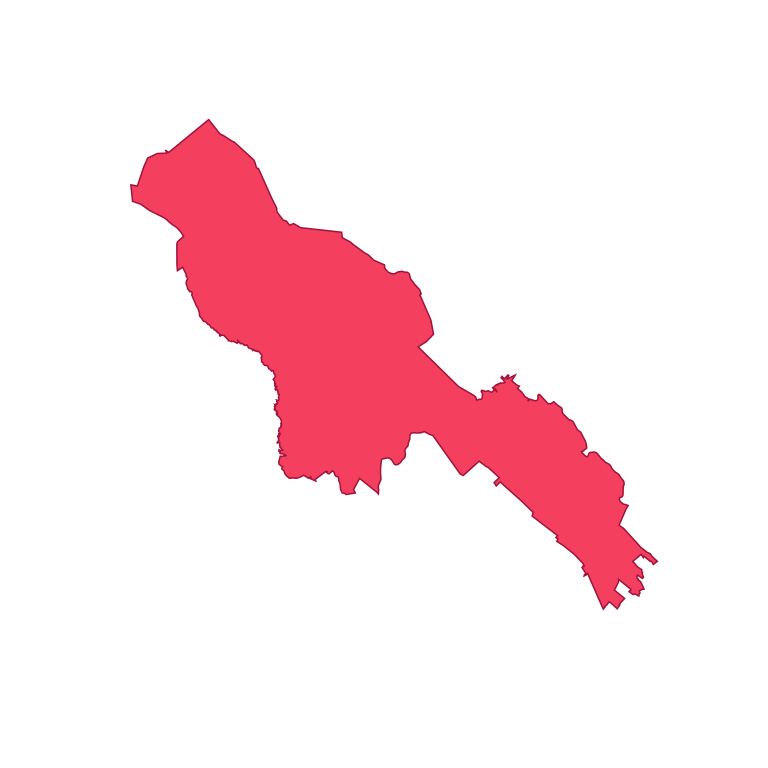 outline of Aquismón, San Luis Potosí, Mexico, rotated 143°
{"feature_id": "50627088B80825947676467", "entity_name": "Aquismón", "entity_type": "district", "adm_level": 2, "iso_a3": "MEX", "parent_name": "Mexico", "parent_adm1": "San Luis Potosí", "projection": "equal_earth", "projection_center": [-99.086, 21.748], "detail": "fine", "context": "isolated", "style": "filled", "palette": "rose", "viewbox_px": 768, "rotation_deg": 143, "n_neighbors": 0, "source": "geoboundaries", "source_scale": "gbopen_adm2", "svg_char_len": 6116}
<svg xmlns="http://www.w3.org/2000/svg" viewBox="0 0 768 768"><g transform="rotate(143 384 384)"><path d="M364.9,700.7L416.5,698.5L417.7,701.9L417.9,701.9L418.0,700.1L418.6,699.2L426.3,704.5L436.7,706.7L445.3,701.9L461.8,690.5L466.3,695.4L474.9,681.2L470.1,674.1L466.7,663.4L460.0,650.0L458.5,645.8L458.4,643.9L457.0,638.2L455.5,634.3L454.8,628.7L455.1,622.6L463.3,621.8L465.0,620.7L477.7,603.7L480.8,598.8L474.6,598.4L476.0,590.5L477.0,589.6L477.2,587.1L477.7,586.0L479.6,585.3L481.7,583.2L482.8,579.3L483.4,578.7L483.6,574.7L482.7,574.0L482.2,572.7L482.9,571.5L483.9,571.1L486.8,559.4L487.1,556.1L488.8,551.6L490.1,549.9L490.4,547.8L490.0,546.8L490.4,543.8L490.1,543.1L490.4,542.7L488.9,540.8L488.8,537.6L488.0,536.9L487.8,534.3L488.3,533.1L486.6,531.0L487.1,529.4L485.8,527.9L486.3,527.0L485.7,526.5L486.1,525.4L485.5,524.8L485.5,523.3L485.0,522.2L486.1,521.7L486.2,521.1L485.8,520.7L484.6,520.9L482.7,519.3L481.8,512.7L482.3,512.2L480.8,510.9L480.5,509.8L478.6,508.7L476.8,505.0L476.1,505.5L475.4,504.9L474.6,506.3L474.3,503.6L474.5,502.6L472.7,501.6L472.6,499.8L471.8,499.4L471.7,498.3L470.1,497.6L470.0,496.2L470.5,494.4L468.6,491.4L468.6,489.8L467.6,490.3L467.0,487.8L466.1,487.8L466.0,486.5L464.2,485.3L464.5,484.4L464.2,480.7L464.8,479.7L466.0,479.2L466.1,478.4L466.9,478.0L467.0,477.2L468.4,475.3L467.8,474.0L468.3,472.4L468.1,470.7L465.9,468.7L466.9,465.7L466.3,464.6L466.0,461.9L464.8,461.8L464.5,461.3L465.5,459.0L465.8,455.6L469.8,454.3L469.6,452.1L470.3,451.4L470.6,450.2L471.2,450.0L470.8,449.2L472.3,448.5L472.5,446.7L471.2,446.9L471.1,446.5L474.0,445.6L474.1,444.3L473.2,444.6L472.6,443.5L474.6,439.5L473.9,439.1L474.0,438.5L476.4,436.9L476.6,435.7L477.7,434.5L478.2,434.4L479.4,435.8L479.5,435.1L480.3,434.7L480.2,433.2L481.9,432.3L482.1,433.1L483.5,432.2L483.8,433.1L484.3,431.4L484.8,431.4L485.2,432.3L485.3,430.7L485.8,430.0L486.5,430.2L487.0,429.1L486.1,428.6L486.5,427.2L485.9,426.9L486.0,426.0L487.4,425.6L486.8,424.4L488.3,424.1L487.5,420.2L487.8,417.1L489.5,414.5L490.2,414.5L490.5,412.8L491.2,413.1L492.5,411.4L494.2,411.8L496.5,409.9L496.8,407.3L497.2,406.4L497.9,406.6L497.8,408.2L499.4,405.2L499.8,405.1L499.9,406.4L500.3,406.3L501.8,402.1L503.8,402.0L504.6,401.4L504.8,401.0L503.5,400.7L502.7,399.7L504.4,397.6L504.5,396.6L505.1,396.4L504.7,392.1L506.5,393.1L507.4,394.7L508.4,393.5L507.8,392.4L507.9,392.0L508.8,391.7L508.4,390.3L506.0,388.3L505.5,385.9L506.2,385.8L507.2,387.1L508.6,387.3L510.3,388.8L514.8,385.2L516.1,383.3L515.4,380.3L514.7,379.0L516.0,378.5L516.8,377.3L516.1,374.8L517.2,372.0L517.2,369.5L516.3,365.6L513.9,364.3L510.3,361.2L507.2,360.1L503.4,359.5L502.5,358.2L501.0,354.3L498.6,354.0L498.4,353.5L499.8,352.8L496.9,347.5L496.2,349.2L482.7,349.2L482.1,348.2L483.0,348.1L482.8,346.3L481.9,345.3L477.3,345.6L477.0,343.4L478.0,341.2L477.9,339.3L476.4,337.0L478.2,334.3L479.2,330.6L482.0,326.2L483.0,322.1L481.3,320.6L480.8,318.6L472.5,314.2L471.8,318.1L460.3,323.3L454.8,301.7L454.7,299.6L452.0,302.5L450.0,306.0L443.8,309.7L440.0,315.5L436.5,319.9L431.2,325.4L426.1,323.1L424.3,321.8L423.6,318.3L424.0,313.6L422.9,312.0L421.1,311.3L417.8,311.4L415.9,312.2L411.8,312.7L410.4,313.7L408.6,315.8L407.7,317.9L406.1,319.3L402.0,320.2L399.9,322.4L396.5,324.5L394.4,327.3L392.7,328.2L390.6,327.9L384.4,323.0L380.4,321.7L378.1,316.6L376.0,313.5L377.3,266.2L375.8,263.2L354.5,265.1L352.0,256.3L351.0,254.5L348.3,239.8L355.4,239.0L355.7,235.1L350.2,235.9L344.6,207.7L342.2,191.8L345.2,189.4L336.6,158.5L339.2,157.9L338.2,155.7L340.7,154.3L337.9,146.8L334.5,133.4L333.1,120.6L333.7,118.1L334.9,118.9L335.9,118.1L336.3,118.2L336.8,111.1L338.6,111.1L339.7,110.3L338.1,109.8L335.4,110.3L344.4,72.2L343.8,72.2L343.7,72.9L341.5,72.9L341.2,73.5L339.1,73.4L335.3,74.7L334.4,71.9L333.0,64.1L328.5,65.7L328.7,66.5L320.9,67.9L324.0,80.7L316.1,84.6L314.2,86.7L310.4,71.3L311.2,70.7L312.6,71.0L313.3,70.7L311.8,65.9L310.3,65.5L309.6,64.7L308.1,61.3L306.2,63.0L305.4,62.9L304.4,65.2L301.9,64.7L299.7,63.7L298.0,71.8L299.0,74.4L298.3,74.7L298.7,77.1L296.2,79.3L296.5,78.6L294.6,73.1L293.2,73.5L292.7,74.3L292.3,76.6L291.0,77.8L291.0,78.6L289.9,80.7L291.6,85.3L292.0,92.6L281.1,93.2L281.4,89.3L280.0,90.0L278.1,82.0L277.6,82.1L277.0,80.7L277.5,77.8L272.4,77.9L273.7,85.0L273.5,88.2L275.2,91.3L277.2,98.9L279.5,124.3L281.3,129.7L266.1,138.4L262.1,140.1L265.2,144.3L266.1,148.1L265.5,150.2L264.5,151.3L261.7,150.6L259.9,151.5L255.1,157.6L252.5,159.5L251.2,161.6L251.0,162.7L251.2,166.8L250.8,170.4L252.5,175.2L252.8,179.0L252.2,182.4L252.4,184.3L254.4,188.5L254.7,192.0L255.0,192.0L255.4,195.2L255.4,199.1L255.9,201.7L257.4,203.5L259.0,204.1L260.0,205.1L262.3,205.3L264.3,203.7L265.6,203.6L266.6,205.6L267.1,209.7L266.8,211.1L264.8,210.4L263.6,210.9L261.0,210.6L259.5,212.5L257.6,217.0L255.9,227.2L257.1,230.9L255.6,240.4L256.6,242.8L257.8,244.3L258.9,252.5L258.2,255.3L257.0,256.4L256.6,258.0L258.3,263.2L259.1,267.7L263.0,267.9L264.5,269.3L264.9,270.3L266.0,281.8L266.6,282.5L267.9,282.3L270.1,279.4L271.5,278.8L273.3,279.5L276.6,284.0L279.4,283.7L277.4,285.1L279.0,288.9L278.9,295.0L280.1,299.9L277.2,300.9L278.6,303.3L280.0,309.7L273.8,312.2L282.6,313.9L279.2,315.8L279.4,316.6L284.7,315.8L285.2,319.1L286.8,318.5L286.2,315.2L286.6,312.4L290.2,314.0L290.0,314.6L294.0,315.6L294.0,315.1L295.0,315.8L299.6,315.6L299.2,313.9L298.1,313.1L298.5,309.3L298.9,312.6L299.5,313.3L302.4,312.3L303.6,313.3L304.9,316.0L307.0,316.6L309.4,320.0L310.7,319.8L311.3,316.9L314.6,313.1L316.5,313.9L317.3,314.7L319.3,315.0L319.6,315.8L318.6,318.4L319.2,321.0L326.0,337.0L334.4,393.2L325.1,392.3L314.5,393.9L308.1,406.8L301.6,433.8L300.0,433.6L298.8,438.1L299.5,444.7L299.5,452.1L297.5,456.6L297.8,458.5L298.5,459.7L299.8,460.4L301.8,463.2L305.4,465.1L308.8,465.6L310.2,466.3L312.0,468.4L313.3,470.8L313.8,474.8L313.4,476.6L311.9,478.7L317.7,489.0L318.8,496.6L320.6,500.5L324.6,513.7L325.3,517.3L329.2,525.9L326.5,530.7L356.4,558.9L359.7,566.6L363.8,567.5L363.9,572.8L365.9,575.8L365.9,585.6L365.2,587.2L363.9,588.9L362.2,598.3L354.6,631.6L355.3,632.2L355.6,633.7L353.5,639.3L353.2,641.7L358.1,667.6L358.9,668.6L362.9,679.5L364.5,682.6L364.9,700.7Z" fill="#f43f5e" stroke="#9f1239" stroke-width="1.5"/></g></svg>